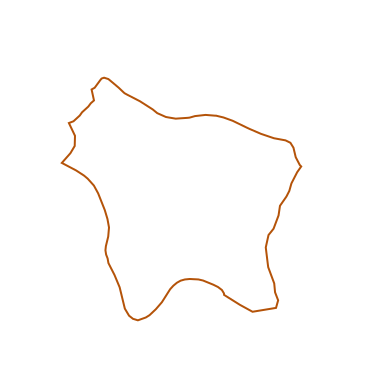 Jangphung, Hwanghae-bukto, North Korea, rotated 249°
{"feature_id": "82179303B70820658627831", "entity_name": "Jangphung", "entity_type": "district", "adm_level": 2, "iso_a3": "PRK", "parent_name": "North Korea", "parent_adm1": "Hwanghae-bukto", "projection": "mercator", "projection_center": [126.771, 38.094], "detail": "fine", "context": "isolated", "style": "outline", "palette": "amber", "viewbox_px": 384, "rotation_deg": 249, "n_neighbors": 0, "source": "geoboundaries", "source_scale": "gbopen_adm2", "svg_char_len": 1397}
<svg xmlns="http://www.w3.org/2000/svg" viewBox="0 0 384 384"><g transform="rotate(249 192 192)"><path d="M265.8,80.9L253.7,91.5L246.0,97.1L241.8,99.4L233.2,102.7L224.4,103.9L206.4,104.1L197.1,103.4L188.6,101.8L180.4,97.8L172.3,92.2L168.6,90.3L164.4,89.4L160.2,89.4L155.6,88.5L142.4,89.9L129.0,90.3L107.2,87.5L99.1,88.9L94.7,91.5L93.8,92.7L91.6,95.5L91.4,103.9L92.2,108.1L95.5,116.2L99.9,124.4L109.1,136.8L111.2,141.0L112.7,145.4L113.3,149.6L112.9,154.0L111.6,158.7L108.1,166.6L105.4,170.6L97.8,178.7L94.0,182.2L89.8,184.8L85.9,185.5L84.4,185.1L69.5,196.3L58.5,205.6L53.7,228.9L60.0,233.6L68.6,233.6L77.2,236.0L94.5,236.2L98.2,237.1L113.8,241.0L124.4,248.0L128.5,255.0L139.1,264.4L147.6,269.2L153.9,278.5L158.1,283.2L164.4,287.9L168.6,292.6L172.8,297.3L176.7,303.1L178.6,302.3L187.3,301.3L197.0,302.6L202.7,301.5L206.7,297.8L212.8,287.8L221.6,277.2L230.3,268.3L232.9,265.8L243.9,255.5L250.3,248.1L254.5,242.0L254.6,241.9L254.8,241.3L259.1,232.3L261.8,222.0L262.3,216.4L262.8,214.5L265.3,206.4L266.3,203.1L270.0,196.8L271.4,194.5L278.1,187.8L283.2,184.9L295.4,175.9L305.7,166.7L308.3,164.5L309.4,163.9L315.7,160.9L325.3,155.6L327.4,154.4L330.2,150.9L330.3,149.1L330.3,148.2L329.2,146.3L324.2,138.5L323.7,135.0L312.6,133.3L311.1,129.3L308.9,125.8L305.8,117.9L303.6,114.6L300.5,106.7L300.5,101.8L286.4,102.9L277.0,99.0L271.8,92.4L265.8,80.9Z" fill="none" stroke="#b45309" stroke-width="2"/></g></svg>